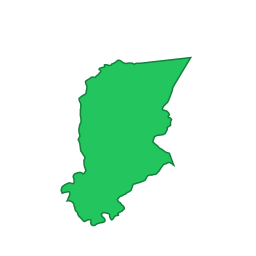 the district of Odsan, Castries, Saint Lucia, rotated 234°
{"feature_id": "8701671B52063001665114", "entity_name": "Odsan", "entity_type": "district", "adm_level": 2, "iso_a3": "LCA", "parent_name": "Saint Lucia", "parent_adm1": "Castries", "projection": "albers", "projection_center": [-60.985, 13.974], "detail": "fine", "context": "isolated", "style": "filled", "palette": "green", "viewbox_px": 256, "rotation_deg": 234, "n_neighbors": 0, "source": "geoboundaries", "source_scale": "gbopen_adm2", "svg_char_len": 5595}
<svg xmlns="http://www.w3.org/2000/svg" viewBox="0 0 256 256"><g transform="rotate(234 128 128)"><path d="M71.0,143.1L83.2,146.6L86.3,144.3L91.7,142.5L93.3,141.6L96.1,141.4L98.0,140.8L102.3,139.9L103.6,141.6L105.4,144.5L104.9,147.2L101.9,152.6L101.7,154.8L103.6,158.8L105.4,160.1L105.1,163.9L108.0,166.1L109.5,168.4L111.8,167.9L112.7,166.8L113.8,167.3L114.4,169.3L116.4,169.7L119.0,169.3L122.2,166.8L123.3,167.0L124.6,169.3L125.2,172.6L125.5,175.0L126.8,177.5L129.4,181.5L132.2,185.7L134.3,188.0L135.8,191.1L148.1,220.1L173.6,175.2L174.7,173.9L175.6,172.4L176.0,170.5L178.2,169.4L180.4,166.3L181.1,164.6L183.2,162.6L186.6,161.6L187.7,160.9L188.7,159.8L188.7,157.8L188.5,155.9L188.8,154.1L189.3,152.7L188.9,151.2L189.3,149.8L189.8,149.4L191.1,148.5L192.9,146.3L192.9,146.0L192.4,145.7L191.5,145.2L191.4,145.1L191.3,144.8L191.2,144.6L191.3,144.3L191.6,143.8L191.8,143.4L192.1,142.8L192.4,142.0L192.6,141.2L192.9,140.4L192.9,139.7L192.6,139.1L191.9,139.1L190.7,139.5L190.3,139.5L189.9,139.4L189.6,139.1L189.5,138.7L189.3,138.1L189.3,137.6L188.8,135.5L188.6,134.8L188.6,134.4L188.7,133.4L188.7,133.0L188.5,132.5L188.4,131.9L188.3,131.6L188.4,131.2L188.6,130.7L189.0,130.2L189.5,129.9L189.8,129.5L190.0,129.2L190.4,128.6L190.5,128.3L190.6,127.9L190.6,127.6L190.5,127.2L190.5,126.8L190.4,126.4L190.6,124.9L190.7,124.4L190.7,123.4L190.7,122.9L190.8,122.4L190.8,122.1L190.8,121.4L190.7,121.0L190.4,120.8L189.7,120.5L189.3,120.3L189.0,120.0L188.5,119.9L187.9,119.8L187.3,119.6L186.6,119.6L186.2,119.4L185.5,119.1L184.7,118.4L182.3,115.9L182.0,115.6L181.6,115.4L181.3,115.1L181.0,114.6L180.5,113.4L180.5,112.8L180.5,112.7L180.7,111.7L180.9,110.6L180.8,107.6L180.8,106.1L179.8,105.1L178.4,104.6L176.0,104.2L174.0,103.2L172.6,102.1L170.3,99.8L168.5,98.7L167.7,97.8L164.4,95.9L163.9,95.7L163.4,95.5L163.0,95.3L162.6,95.1L162.2,94.7L161.1,94.0L160.3,93.5L160.0,92.9L159.7,92.0L159.6,91.8L159.1,91.2L158.6,90.5L158.4,90.3L158.0,89.7L157.7,89.4L157.0,88.8L156.6,88.4L156.3,88.0L155.7,87.4L155.2,87.1L154.9,86.8L154.5,86.6L154.1,86.4L153.6,86.1L152.8,85.6L151.9,85.3L151.5,85.2L151.0,85.0L150.7,84.9L150.4,84.8L149.8,84.3L149.5,84.1L149.4,83.6L149.1,83.1L148.9,82.7L148.7,82.3L148.5,81.9L148.2,81.5L148.1,81.2L147.9,80.9L147.6,80.7L146.6,80.8L145.8,80.6L145.4,80.4L144.0,80.0L143.1,79.5L142.7,79.3L142.3,79.1L141.9,78.9L141.0,78.5L140.7,78.2L140.3,78.0L139.8,77.8L139.0,77.2L138.7,77.1L138.1,76.8L137.6,76.5L137.3,76.3L136.9,76.3L135.9,76.3L131.3,76.0L130.7,76.1L130.3,76.1L129.7,75.9L129.4,75.8L129.1,75.5L128.9,75.4L128.7,75.1L128.5,74.8L128.3,74.3L128.0,73.7L127.7,73.3L127.5,73.1L127.1,72.8L126.6,72.5L125.9,72.1L125.4,71.8L125.0,71.5L124.7,71.3L124.2,71.1L123.9,70.9L123.4,70.6L123.0,70.4L122.1,70.1L121.6,69.9L120.8,69.7L120.4,69.5L119.8,69.4L119.5,69.3L118.9,69.1L118.5,69.0L118.1,68.6L117.8,68.2L117.8,67.9L117.6,67.4L117.5,67.0L117.3,66.6L117.2,66.1L117.2,65.7L117.2,65.0L117.3,64.6L117.6,64.5L118.0,64.4L118.4,64.4L119.0,64.2L120.0,63.4L120.6,62.7L120.8,62.3L122.2,58.4L122.0,57.0L121.9,56.7L121.7,56.2L121.6,55.9L121.1,55.3L120.9,55.1L117.2,53.6L115.7,52.5L115.4,52.2L115.3,51.1L115.3,50.7L118.1,48.3L118.2,48.1L118.4,47.6L118.5,47.2L118.6,46.8L118.7,46.4L118.8,46.0L118.8,45.7L118.9,45.4L119.0,45.0L119.1,44.5L119.1,43.7L119.2,42.4L119.2,41.8L119.2,41.4L119.2,40.8L119.1,40.2L119.0,39.8L118.8,39.6L118.3,39.0L118.1,38.7L117.8,38.4L117.6,38.0L117.2,37.6L116.8,37.4L116.3,37.1L116.1,37.1L115.5,36.8L115.0,36.7L114.5,36.6L114.2,36.5L113.8,36.4L113.5,37.9L112.5,40.1L111.7,42.1L110.9,42.9L109.9,42.7L108.9,42.2L108.3,41.7L106.6,38.8L105.9,37.9L104.8,35.9L104.4,36.8L102.4,38.8L100.2,39.5L98.4,39.5L96.0,38.3L95.0,38.3L93.1,37.2L91.6,37.0L89.6,37.5L87.5,36.7L87.4,36.6L85.8,36.4L82.0,37.0L78.7,37.3L78.2,37.5L78.0,37.8L77.8,38.3L77.7,39.0L77.6,39.6L77.6,40.2L77.5,40.6L77.3,41.1L77.3,41.4L77.0,41.9L76.9,42.3L76.6,42.7L76.4,43.1L75.9,43.6L75.6,43.7L75.2,43.7L74.9,43.6L74.3,43.2L73.9,42.9L73.7,42.6L73.2,42.0L72.5,41.9L72.1,41.7L71.7,41.7L71.0,41.6L70.6,41.8L70.3,41.9L70.0,42.1L69.5,42.6L69.2,43.0L69.0,43.4L68.8,43.8L68.7,44.3L68.7,44.7L68.7,45.3L68.7,45.7L68.7,46.3L68.6,46.6L68.5,47.2L68.4,47.6L68.2,48.1L68.1,48.4L67.9,49.0L67.8,49.4L67.6,49.9L67.4,50.1L67.1,50.7L66.9,51.1L66.5,51.9L66.3,52.5L66.1,53.4L66.1,53.8L66.1,54.1L66.1,54.4L66.3,54.7L66.8,55.1L67.0,55.2L67.7,55.5L68.1,55.6L68.5,55.7L68.8,55.6L69.5,55.6L69.9,55.5L70.3,55.4L70.7,55.3L71.3,55.2L71.8,55.2L72.3,55.2L72.6,55.3L73.2,55.4L73.5,55.5L73.9,56.0L74.0,56.2L74.0,56.9L74.1,57.3L74.2,57.8L74.1,58.2L74.1,58.4L74.0,58.5L73.8,58.7L73.6,58.9L72.9,59.5L71.6,60.8L71.1,61.2L70.8,61.4L70.3,61.8L70.0,62.0L69.8,62.1L69.4,62.2L69.0,62.1L68.6,62.0L68.3,61.8L67.7,61.5L67.4,61.3L67.0,61.1L65.9,60.7L65.5,60.7L65.0,60.7L64.7,60.6L64.1,60.6L63.6,60.7L63.3,60.9L63.2,60.9L63.1,61.3L63.2,61.8L63.3,62.3L63.5,63.1L63.8,63.7L63.9,64.1L64.1,64.5L64.2,64.8L64.3,65.6L64.3,65.8L64.2,66.3L63.9,67.0L64.1,66.5L63.1,69.0L63.9,69.6L64.1,69.6L64.6,69.5L64.9,69.7L64.9,70.0L64.9,70.9L64.8,71.2L64.7,71.8L64.3,74.8L64.7,76.1L64.8,77.5L65.6,78.0L67.0,78.3L69.9,77.8L72.0,77.8L73.0,77.1L74.8,77.0L76.4,77.3L77.3,80.7L77.2,81.7L76.7,83.1L76.5,85.3L76.0,87.2L76.2,89.5L76.0,90.6L75.8,92.6L75.8,93.8L77.0,95.6L77.9,96.9L78.6,98.0L79.3,98.7L79.4,99.3L78.8,100.6L78.0,103.1L77.2,105.1L76.6,107.0L76.2,108.9L75.8,110.6L75.7,111.3L76.1,112.0L77.4,114.8L77.7,115.7L77.6,116.5L77.2,117.8L76.8,118.8L75.9,119.4L75.6,120.6L75.3,121.4L74.8,122.1L74.4,123.0L74.2,124.2L74.6,126.0L74.9,127.3L75.0,127.8L75.0,128.3L75.9,130.1L76.8,132.6L77.6,135.5L76.7,137.9L76.6,139.8L75.4,141.6L73.1,142.7L72.2,142.7L71.0,143.1Z" fill="#22c55e" stroke="#15803d" stroke-width="1.5"/></g></svg>